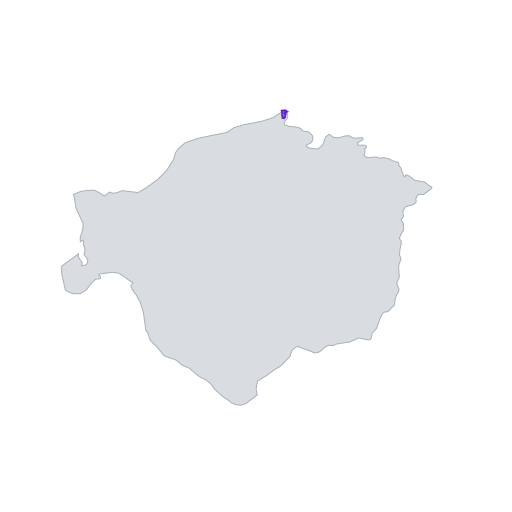 Ciupercenii Noi, Dolj, Romania shown in context, rotated 157°
{"feature_id": "2599482B10348373605310", "entity_name": "Ciupercenii Noi", "entity_type": "district", "adm_level": 2, "iso_a3": "ROU", "parent_name": "Romania", "parent_adm1": "Dolj", "projection": "mercator", "projection_center": [22.919, 43.888], "detail": "fine", "context": "in_parent", "style": "filled", "palette": "violet", "viewbox_px": 512, "rotation_deg": 157, "n_neighbors": 0, "source": "geoboundaries", "source_scale": "gbopen_adm2", "svg_char_len": 4736}
<svg xmlns="http://www.w3.org/2000/svg" viewBox="0 0 512 512"><g transform="rotate(157 256 256)"><path d="M385.2,288.3L389.4,294.1L394.7,297.2L407.1,300.5L408.2,300.1L408.3,299.5L407.4,298.7L407.3,297.6L407.9,296.2L409.6,296.2L412.4,297.4L417.7,295.6L425.5,291.0L432.7,290.0L439.2,292.8L442.6,296.0L444.8,299.1L444.1,302.8L443.7,305.2L441.9,314.9L440.7,318.5L438.8,322.6L418.5,327.4L419.8,325.1L419.4,321.0L418.5,317.9L420.4,315.2L415.8,314.2L413.8,315.7L412.3,318.3L413.7,324.5L411.4,327.8L410.6,329.7L410.5,334.2L409.2,336.1L408.9,338.2L412.1,337.7L410.7,341.5L404.6,348.9L402.5,353.3L403.0,370.6L400.3,380.9L400.1,383.9L393.6,384.0L391.7,383.8L385.6,382.3L378.7,379.5L374.7,374.2L372.1,370.4L366.3,372.1L365.2,371.6L363.6,369.8L359.2,368.6L353.8,368.5L341.6,361.6L340.3,360.4L330.7,361.6L316.4,365.0L305.5,369.3L294.3,376.9L289.7,382.6L284.4,385.6L276.9,387.9L263.4,387.0L249.4,384.2L234.3,381.1L226.2,382.8L215.2,381.5L198.6,377.8L186.2,376.7L174.0,378.9L172.0,377.2L171.5,375.3L172.0,372.6L173.7,370.4L176.7,368.7L178.2,367.1L178.4,365.4L175.1,362.6L168.3,358.8L165.5,356.5L164.8,355.9L164.6,353.8L163.2,352.1L160.6,350.9L158.5,348.7L157.1,345.5L157.4,342.4L159.5,339.6L162.1,338.4L165.3,338.7L166.7,337.9L166.1,335.9L163.0,333.4L157.2,330.3L151.4,332.0L145.4,338.4L141.1,339.5L138.5,335.1L133.8,332.5L127.0,331.7L122.9,330.1L121.3,327.5L118.4,325.6L111.9,323.5L111.8,321.5L112.8,321.1L115.1,320.9L118.2,320.5L118.7,319.4L118.8,318.3L116.3,317.0L113.8,316.1L112.6,315.3L111.7,314.3L111.6,313.3L112.3,312.6L113.3,312.5L114.3,311.9L114.8,309.5L116.2,307.6L117.1,306.9L117.0,305.4L116.1,304.1L114.7,302.9L112.7,302.2L106.5,300.1L103.4,297.3L101.5,297.2L98.4,295.6L95.2,293.1L92.3,289.6L89.3,287.3L88.5,286.3L88.4,285.4L89.0,284.4L89.0,283.4L88.2,279.9L88.7,276.2L88.5,272.7L88.5,271.2L87.9,270.7L87.4,271.2L86.6,271.9L85.9,272.0L83.6,269.5L80.8,264.3L78.8,262.6L75.1,260.2L71.9,258.3L69.6,253.9L67.2,250.6L68.8,249.2L77.9,247.2L82.1,249.2L84.0,248.5L85.8,246.9L86.8,245.7L87.0,244.3L87.9,242.7L91.0,241.9L99.1,242.9L102.3,240.6L103.6,239.3L104.3,236.5L105.1,234.3L108.0,233.1L108.0,231.0L107.6,228.8L109.2,223.8L110.3,221.8L111.9,221.0L113.9,219.4L117.3,216.1L116.5,213.3L117.2,211.2L120.8,206.0L123.5,201.0L123.5,198.5L123.9,196.3L126.3,193.9L128.8,190.8L132.2,181.0L133.4,179.4L135.6,177.5L137.2,175.7L137.4,169.2L138.9,167.4L141.8,165.3L144.8,161.9L147.1,157.9L149.0,156.0L151.4,155.5L154.0,154.0L157.0,153.4L159.8,154.2L161.6,153.8L164.4,151.8L171.4,144.5L172.3,143.0L173.8,142.0L179.5,139.5L180.9,136.9L182.8,134.6L185.4,134.8L193.6,140.5L202.3,140.1L204.0,140.3L204.5,140.4L205.5,140.9L217.2,143.7L219.0,143.4L219.5,143.1L224.2,145.5L228.4,145.1L232.4,143.5L236.5,143.0L240.2,144.0L243.1,147.2L250.6,154.1L252.8,156.6L256.2,156.3L260.0,155.0L263.8,150.4L275.6,145.2L284.5,143.9L293.3,141.8L303.4,140.3L306.4,136.0L308.0,133.1L309.1,127.7L314.6,126.1L319.8,125.0L321.6,124.3L325.4,124.1L328.3,124.6L332.9,127.2L336.1,130.6L337.3,133.3L340.0,137.0L342.9,142.3L346.0,149.3L346.7,152.8L347.9,156.6L350.3,161.3L354.7,166.4L355.4,167.4L357.4,171.0L361.3,178.9L364.6,182.1L367.5,185.6L368.8,189.0L370.9,192.2L375.7,196.4L379.6,200.2L382.7,211.0L384.9,216.0L386.3,219.8L385.6,227.5L386.5,230.8L384.7,236.8L381.5,248.9L380.7,258.4L381.2,263.6L381.3,266.9L382.1,268.9L382.9,273.3L383.1,277.0L381.9,278.1L380.3,279.0L379.7,279.8L381.2,281.5L383.2,284.6L385.2,288.3Z" fill="#d9dde1" stroke="#a8b0b8" stroke-width="1"/><path d="M177.1,374.9L177.5,373.7L177.8,372.7L177.4,372.4L176.9,372.0L176.7,371.8L176.5,371.7L176.2,372.0L176.3,372.1L176.2,372.2L176.0,372.3L175.7,372.2L175.5,372.4L175.3,372.4L175.2,372.4L174.9,372.3L174.8,372.5L174.7,372.7L174.7,372.9L174.4,373.4L173.8,374.6L174.0,374.6L173.9,374.6L173.9,374.8L173.8,375.0L173.7,375.0L173.5,375.3L173.4,375.5L173.3,375.4L173.1,375.3L173.1,375.5L172.9,375.7L172.9,375.8L173.0,375.8L173.1,376.0L173.3,376.0L173.5,376.2L173.7,376.3L173.8,376.3L174.0,376.4L173.8,377.1L173.7,377.1L173.5,376.9L173.4,376.9L173.1,377.2L172.9,377.2L172.7,377.2L172.8,377.2L172.7,377.1L172.4,377.0L172.3,376.9L172.2,376.8L172.2,376.7L171.9,376.6L171.7,376.6L171.4,376.5L171.1,376.5L170.8,376.5L171.0,376.7L171.0,376.9L171.0,377.1L171.2,377.6L171.4,378.0L171.7,378.3L171.8,378.5L172.0,378.6L172.2,378.8L172.3,378.9L172.6,379.0L172.9,379.1L173.1,379.2L173.3,379.3L173.5,379.3L173.8,379.4L174.0,379.4L174.3,379.4L174.6,379.5L175.0,379.6L175.2,379.8L175.4,380.0L175.6,380.0L175.6,379.5L175.6,379.4L175.8,379.4L175.8,379.2L175.7,379.2L175.8,379.0L175.8,378.9L175.8,378.7L176.0,378.0L176.1,377.8L176.1,377.6L176.2,377.4L176.3,377.2L176.5,376.7L176.6,376.4L176.7,376.2L176.8,376.0L176.8,375.9L176.9,375.7L177.0,375.7L177.1,375.4L177.2,375.2L177.1,374.9Z" fill="#8b5cf6" stroke="#5b21b6" stroke-width="1.5"/></g></svg>